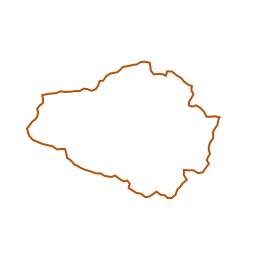 the district of Catas Altas da Noruega, Minas Gerais, Brazil, rotated 314°
{"feature_id": "56859067B98626819297692", "entity_name": "Catas Altas da Noruega", "entity_type": "district", "adm_level": 2, "iso_a3": "BRA", "parent_name": "Brazil", "parent_adm1": "Minas Gerais", "projection": "albers", "projection_center": [-43.499, -20.667], "detail": "fine", "context": "isolated", "style": "outline", "palette": "amber", "viewbox_px": 256, "rotation_deg": 314, "n_neighbors": 0, "source": "geoboundaries", "source_scale": "gbopen_adm2", "svg_char_len": 1617}
<svg xmlns="http://www.w3.org/2000/svg" viewBox="0 0 256 256"><g transform="rotate(314 128 128)"><path d="M176.3,87.4L172.1,84.7L168.3,81.9L164.0,82.0L160.7,81.5L157.6,79.5L155.0,77.4L150.0,76.3L144.8,77.2L142.0,75.0L137.8,77.1L133.4,77.8L129.6,76.1L127.7,71.7L125.3,68.6L121.3,67.8L117.5,64.0L114.2,61.5L110.6,58.1L107.3,53.8L103.2,52.2L99.3,48.7L95.9,46.1L92.1,43.5L89.9,46.6L87.2,49.4L82.8,48.9L78.8,49.2L76.6,52.7L72.8,54.9L69.3,55.3L66.2,54.7L61.4,55.3L57.5,55.7L55.3,59.2L53.6,62.8L53.4,67.9L55.1,72.3L57.1,77.6L59.8,82.0L62.3,86.1L63.4,92.0L66.2,94.2L69.1,97.3L66.7,101.6L64.2,104.7L65.0,109.3L64.5,114.7L65.8,118.6L66.6,122.1L68.3,126.4L70.9,131.5L73.1,136.5L76.3,139.8L77.3,144.4L79.2,147.2L81.3,150.1L84.9,151.8L85.4,157.0L86.4,161.8L89.7,164.0L89.1,168.0L85.2,170.2L86.1,174.3L87.1,179.1L89.7,183.0L90.3,188.5L93.7,191.1L97.3,191.8L102.1,192.8L102.5,197.6L105.2,201.3L105.1,205.0L107.8,208.1L112.9,208.6L117.7,206.4L121.7,206.3L126.7,205.8L131.4,206.4L133.1,200.7L136.7,197.4L139.7,201.1L142.9,204.2L144.3,209.9L147.9,212.5L154.1,211.6L158.6,211.0L159.5,207.0L163.1,205.6L166.6,204.8L168.1,201.5L170.9,199.0L174.8,197.0L180.0,196.3L184.0,192.0L187.8,190.9L192.4,190.2L196.1,187.6L199.2,186.4L196.8,182.4L193.6,179.7L190.6,176.6L192.4,171.8L192.8,166.7L191.6,161.3L187.8,159.2L186.6,156.0L189.6,153.6L193.8,152.8L197.6,151.6L199.3,147.2L202.6,144.8L201.1,141.7L200.3,136.3L200.9,131.4L199.7,126.8L199.2,120.3L195.8,116.8L191.9,119.0L190.9,115.8L188.4,112.7L184.5,109.3L185.2,104.4L187.6,101.6L190.0,98.3L187.6,94.4L184.5,91.4L180.0,90.2L176.3,87.4Z" fill="none" stroke="#b45309" stroke-width="2"/></g></svg>